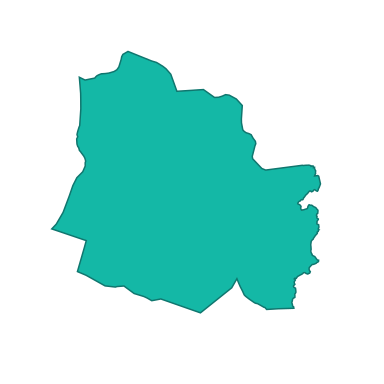 outline of Gummi, Zamfara, Nigeria, rotated 287°
{"feature_id": "59680162B37513478805829", "entity_name": "Gummi", "entity_type": "district", "adm_level": 2, "iso_a3": "NGA", "parent_name": "Nigeria", "parent_adm1": "Zamfara", "projection": "mercator", "projection_center": [5.146, 12.032], "detail": "fine", "context": "isolated", "style": "filled", "palette": "teal", "viewbox_px": 384, "rotation_deg": 287, "n_neighbors": 0, "source": "geoboundaries", "source_scale": "gbopen_adm2", "svg_char_len": 4153}
<svg xmlns="http://www.w3.org/2000/svg" viewBox="0 0 384 384"><g transform="rotate(287 192 192)"><path d="M251.4,302.0L250.8,301.0L251.6,300.8L252.2,300.5L252.2,299.9L251.9,299.6L252.0,299.0L251.6,298.8L251.3,298.4L251.7,298.1L251.9,297.5L251.9,296.1L251.6,295.2L250.9,293.2L250.5,292.1L249.9,290.8L249.8,289.7L234.5,256.0L234.9,252.0L234.9,251.9L241.5,240.3L243.7,239.2L246.4,239.1L254.5,238.7L256.8,238.9L259.0,237.8L261.3,234.7L264.1,231.8L264.5,229.4L264.5,226.5L265.2,224.2L266.3,222.4L272.6,219.1L276.2,217.9L289.4,214.8L293.9,207.2L295.5,199.3L294.9,195.6L292.6,193.0L290.4,189.8L289.0,185.9L293.3,173.0L290.2,164.8L289.0,161.7L283.9,148.1L298.4,137.3L302.3,131.0L303.8,127.0L303.9,126.5L304.5,124.2L304.9,122.8L305.5,120.1L305.5,117.2L305.5,114.9L307.7,89.7L303.4,85.7L300.8,85.2L298.2,85.5L294.4,85.5L290.2,85.5L286.9,84.4L284.4,82.2L281.4,77.7L279.9,74.4L278.5,70.7L277.0,68.8L275.5,67.2L274.0,66.3L272.5,65.7L270.9,62.7L267.8,57.0L268.8,50.7L260.8,53.9L253.7,56.7L248.5,58.4L238.9,61.4L222.7,65.2L220.9,65.0L216.3,65.0L213.4,65.2L212.8,65.6L212.7,65.6L211.4,66.6L209.0,66.2L204.2,68.0L202.2,69.4L201.6,70.2L200.9,70.9L198.8,72.2L197.8,73.9L197.4,74.3L194.7,78.0L193.6,79.1L192.7,79.9L190.4,81.3L188.7,81.3L185.6,82.3L179.4,81.6L172.0,77.7L163.3,76.2L152.2,75.8L134.8,74.7L121.6,71.6L115.7,68.7L114.6,105.1L107.4,105.3L82.4,105.7L81.4,115.1L76.8,136.3L78.7,146.5L79.7,148.0L82.2,154.4L78.0,166.3L78.0,176.5L77.5,180.1L76.3,185.3L80.6,193.5L78.9,235.4L112.0,258.0L122.2,260.3L118.4,263.4L115.7,265.7L112.1,269.2L108.9,272.0L108.0,273.6L106.5,277.5L105.1,281.8L104.3,284.4L104.2,285.8L104.4,287.2L103.9,289.6L103.3,292.3L102.8,294.5L102.9,295.5L101.5,297.7L105.6,308.7L110.6,323.4L111.9,322.8L112.3,321.6L113.4,321.1L114.7,320.3L115.6,319.7L117.2,319.8L118.8,319.5L120.4,320.1L120.8,320.8L121.3,321.2L122.7,320.8L123.9,320.3L124.6,320.2L126.1,320.7L127.0,320.5L129.0,319.7L130.3,319.1L130.7,317.2L131.5,316.6L132.5,316.6L132.9,317.0L133.8,317.4L134.9,316.4L136.0,316.0L138.2,316.6L138.7,315.7L138.8,315.2L139.5,315.4L140.0,317.0L142.0,317.6L144.4,319.9L145.5,321.1L146.6,321.9L147.4,322.2L147.9,323.4L147.8,324.1L147.4,324.9L147.4,326.1L147.4,326.8L148.1,327.2L148.7,328.2L149.6,328.4L150.4,328.4L150.5,327.9L151.1,327.6L151.6,327.0L152.0,326.7L153.6,326.2L154.6,326.5L155.9,327.1L157.0,327.7L157.8,328.1L158.3,329.3L158.9,330.1L159.9,331.3L160.5,331.8L161.2,332.0L161.6,332.7L162.0,333.0L162.6,333.3L163.8,333.0L163.6,331.9L164.3,330.7L165.5,329.2L166.2,328.2L166.3,327.2L166.5,326.1L167.0,325.1L167.5,325.1L168.2,324.3L169.2,323.4L170.5,322.8L171.9,322.7L174.6,321.7L175.5,321.3L176.2,321.0L177.3,320.8L178.7,320.6L179.7,320.4L181.6,321.1L182.1,321.6L183.7,321.8L185.0,322.3L186.5,322.7L188.0,323.5L189.1,323.9L190.1,323.4L190.7,323.7L191.1,324.2L191.6,324.2L192.2,324.1L192.7,324.2L193.0,324.5L193.3,323.7L194.3,323.4L194.7,323.7L195.7,323.6L196.7,323.1L197.7,322.7L198.0,320.8L198.9,320.4L199.4,320.5L200.3,320.1L201.4,320.4L202.1,320.6L202.6,320.8L203.1,320.7L203.4,320.0L203.6,319.1L204.8,318.5L205.3,318.7L205.7,318.0L206.6,317.8L207.6,317.8L207.9,318.2L208.4,318.5L209.6,318.2L210.8,318.0L211.5,317.6L212.1,316.4L212.7,315.8L213.2,314.9L213.4,314.3L213.4,313.6L213.6,312.7L213.9,311.7L214.3,310.8L214.3,310.0L214.0,309.1L214.0,308.6L214.1,308.0L213.8,307.5L213.0,307.3L212.1,307.1L211.0,307.2L210.2,307.2L209.6,306.8L209.1,306.1L208.7,305.4L208.1,304.6L207.5,303.8L207.3,303.1L206.9,302.7L206.7,302.0L207.2,301.5L207.9,300.9L208.5,300.5L209.1,300.6L210.1,300.5L210.7,299.8L211.1,299.1L211.4,298.6L211.4,297.9L211.5,297.1L211.7,296.6L212.6,296.5L213.7,296.8L214.7,297.5L215.1,298.2L216.0,298.4L216.8,299.1L216.7,299.6L217.1,300.2L218.1,300.5L219.1,300.4L219.8,300.9L221.0,301.3L222.1,301.6L223.8,302.6L224.8,303.1L226.2,303.6L227.2,304.1L227.5,304.6L227.5,305.5L227.1,306.1L227.7,307.0L228.5,307.6L229.4,307.9L230.0,308.3L230.0,309.1L229.6,310.0L229.4,310.8L229.4,311.7L229.9,311.9L231.0,312.1L231.6,311.9L233.5,312.3L237.3,312.5L244.1,308.6L244.5,307.5L243.2,304.5L244.5,304.6L245.3,304.7L245.9,304.8L246.7,304.4L247.7,304.2L248.4,304.1L249.0,303.4L250.2,302.4L251.4,302.0Z" fill="#14b8a6" stroke="#0f766e" stroke-width="1.5"/></g></svg>